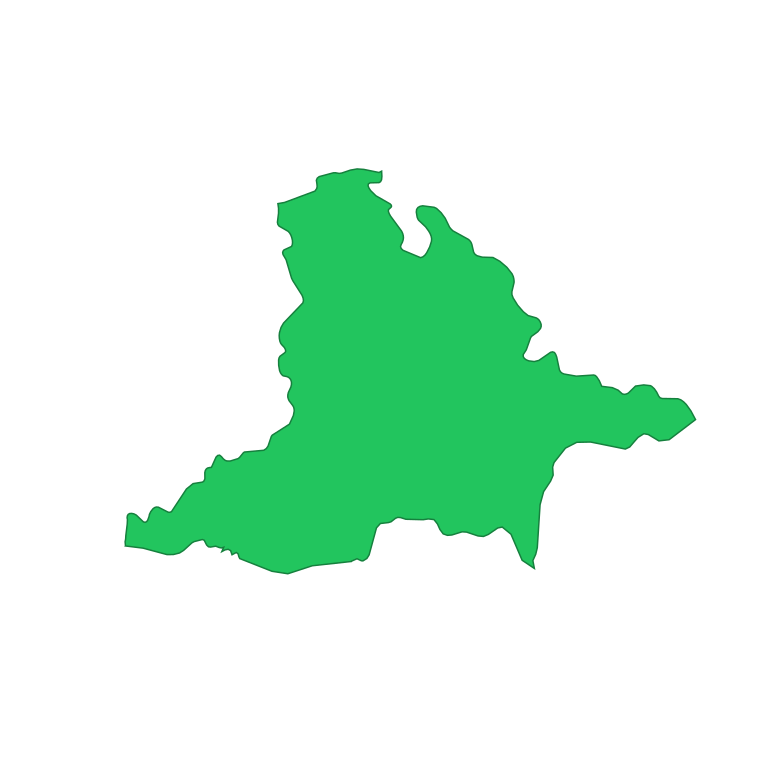 the border of Jihomoravský, rotated 345°
{"feature_id": "CZE-10370", "entity_name": "Jihomoravský", "entity_type": "Region", "adm_level": 1, "iso_a3": "CZE", "parent_name": "Czechia", "parent_adm1": "", "projection": "orthographic", "projection_center": [16.577, 49.119], "detail": "fine", "context": "isolated", "style": "filled", "palette": "green", "viewbox_px": 768, "rotation_deg": 345, "n_neighbors": 0, "source": "natural_earth", "source_scale": "10m", "svg_char_len": 4365}
<svg xmlns="http://www.w3.org/2000/svg" viewBox="0 0 768 768"><g transform="rotate(345 384 384)"><path d="M136.4,494.2L130.2,492.6L108.8,480.2L92.3,473.5L92.4,473.4L93.1,469.4L94.3,466.9L95.4,463.6L99.7,452.9L101.1,448.5L101.2,446.8L102.0,444.9L103.2,443.7L104.9,443.3L106.8,443.7L108.8,444.7L110.8,446.5L115.9,454.9L117.5,455.8L119.1,455.5L120.5,454.4L122.8,451.1L123.7,449.2L125.7,446.9L128.6,444.7L130.4,444.0L132.2,443.9L134.2,444.6L142.4,452.0L144.0,452.5L145.7,452.3L166.0,434.3L173.8,430.8L183.4,431.8L185.2,430.9L186.5,429.1L188.0,423.2L189.1,421.2L190.5,420.0L191.9,419.5L194.5,419.6L195.7,419.9L202.9,411.1L204.9,410.0L206.8,410.2L208.2,412.1L209.4,414.7L210.7,416.5L212.1,417.6L215.4,418.6L223.7,418.3L225.4,417.6L230.4,414.0L231.6,413.6L250.7,416.9L253.6,415.9L255.9,414.0L261.6,405.5L262.8,404.5L282.3,398.3L288.3,391.0L290.3,386.8L290.7,384.8L290.7,382.8L290.2,381.0L288.0,375.6L287.7,373.7L287.7,371.7L288.3,369.6L289.4,367.5L293.3,362.8L294.5,360.5L295.1,358.3L295.1,356.3L294.6,354.5L293.6,352.9L292.1,351.7L288.7,350.0L287.6,348.4L286.9,346.4L286.6,344.0L287.1,338.7L288.4,333.5L289.4,331.6L290.7,330.3L296.5,328.0L297.4,327.1L297.7,325.6L297.5,324.1L297.1,322.8L295.2,319.2L294.7,317.6L294.5,315.6L294.7,313.0L295.3,310.1L296.3,307.4L299.2,302.7L302.7,299.2L326.7,284.6L327.8,282.5L328.1,280.0L327.8,277.1L322.7,260.8L322.1,257.8L321.6,238.6L320.0,232.9L320.1,230.9L320.9,229.5L322.1,228.6L330.3,227.2L331.4,225.8L332.2,223.9L332.7,221.5L332.8,218.9L332.6,216.3L332.0,213.9L331.0,211.8L323.5,204.3L322.8,202.4L322.9,200.2L326.3,191.8L327.6,187.0L328.2,182.3L334.8,182.9L367.2,179.8L369.6,177.8L370.5,176.0L371.0,173.3L371.4,169.7L372.8,167.9L375.1,166.9L389.7,166.9L391.8,167.4L395.2,169.0L397.7,169.3L406.9,168.7L413.7,169.3L420.1,171.5L433.9,178.4L436.8,177.8L435.7,182.9L434.5,186.1L433.0,187.7L431.3,188.2L422.6,186.1L420.7,186.7L419.9,188.4L420.2,190.9L421.2,193.8L424.9,200.1L436.6,211.7L437.3,213.1L437.3,214.2L436.6,215.1L433.5,216.7L432.9,218.4L433.1,220.8L433.8,223.6L440.6,241.0L441.0,243.4L441.0,245.7L440.6,247.9L439.7,249.9L438.4,251.9L436.7,253.7L435.5,255.6L435.7,257.6L437.0,259.8L452.0,271.4L454.3,271.3L456.8,270.2L459.2,268.3L463.6,263.4L466.8,258.4L467.6,256.0L467.8,253.4L467.5,250.7L466.8,248.0L464.9,243.0L459.8,234.7L459.4,233.2L459.2,231.4L459.7,226.3L460.7,223.8L462.5,222.3L464.8,221.7L467.5,221.9L478.2,226.3L480.2,228.0L483.5,233.3L486.0,239.7L487.9,249.5L488.9,251.7L490.2,253.9L503.1,266.3L504.0,267.8L504.7,269.6L505.0,271.8L504.7,280.0L505.5,282.3L507.1,284.2L511.7,286.9L522.0,290.0L527.6,295.4L532.9,303.1L536.2,310.7L536.7,313.7L536.6,316.1L536.3,318.1L536.1,318.9L535.8,319.8L531.4,328.0L530.7,330.7L531.0,334.3L533.5,342.5L537.3,350.3L540.9,355.2L548.1,359.5L549.3,360.7L550.3,362.3L551.0,364.6L551.2,367.1L550.7,369.1L549.6,370.8L546.1,373.3L538.7,376.2L537.4,377.5L530.3,387.8L526.1,391.6L525.6,393.6L526.2,395.6L527.7,397.5L529.8,399.1L534.9,401.2L539.7,401.3L553.1,396.5L555.2,396.6L556.8,397.7L557.5,399.8L557.8,402.7L557.1,415.8L557.7,418.0L558.8,419.6L560.4,420.9L571.8,426.2L588.9,429.6L590.3,430.5L591.3,432.1L592.8,436.5L593.7,442.6L603.6,446.6L608.6,450.6L611.6,455.2L613.4,456.2L615.5,456.4L617.7,456.0L626.4,451.1L634.6,452.1L641.0,454.6L642.0,455.6L643.9,458.6L645.3,462.5L646.2,466.9L647.1,468.8L648.9,470.0L664.0,474.3L666.6,476.1L668.8,478.8L670.7,482.1L673.5,489.5L675.7,499.0L645.0,511.6L634.8,510.1L626.2,501.2L622.1,499.3L615.6,501.3L610.5,504.7L605.1,508.4L600.3,509.3L568.5,493.5L555.1,490.2L542.7,492.9L527.9,503.9L525.4,507.9L523.8,515.8L519.8,520.9L510.3,529.3L503.5,541.0L489.7,581.8L486.5,587.7L482.1,593.1L481.5,601.1L471.8,590.0L467.8,562.0L461.2,552.8L456.6,552.5L445.9,556.3L440.6,557.0L435.5,555.1L425.4,548.4L421.1,547.0L410.5,547.4L406.1,546.6L402.4,544.1L400.4,539.1L399.4,533.0L397.2,527.9L391.9,525.8L386.7,525.2L370.1,520.3L365.4,517.3L362.8,516.4L360.3,516.7L355.2,518.9L352.4,519.0L344.4,517.8L339.5,521.0L325.4,545.2L322.3,548.1L317.9,549.4L316.4,548.9L312.7,545.8L306.9,546.7L306.6,547.0L267.7,541.0L242.0,542.4L227.3,535.9L199.5,515.3L199.1,513.2L199.1,510.3L197.7,508.5L193.0,509.6L192.7,505.2L190.7,503.3L187.5,503.1L184.0,503.9L186.9,500.2L184.6,500.3L182.5,499.3L179.5,497.1L174.2,496.6L172.3,495.8L171.0,493.6L169.9,488.4L168.3,487.2L159.8,487.1L157.4,487.7L147.5,492.8L142.8,494.3L136.4,494.2Z" fill="#22c55e" stroke="#15803d" stroke-width="1.5"/></g></svg>